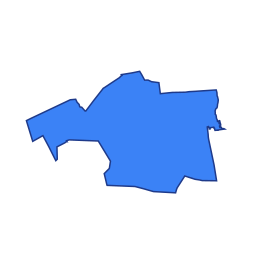 outline of Alpoyeca, Guerrero, Mexico, rotated 106°
{"feature_id": "50627088B63024463665559", "entity_name": "Alpoyeca", "entity_type": "district", "adm_level": 2, "iso_a3": "MEX", "parent_name": "Mexico", "parent_adm1": "Guerrero", "projection": "natural_earth1", "projection_center": [-98.525, 17.633], "detail": "fine", "context": "isolated", "style": "filled", "palette": "blue", "viewbox_px": 256, "rotation_deg": 106, "n_neighbors": 0, "source": "geoboundaries", "source_scale": "gbopen_adm2", "svg_char_len": 1935}
<svg xmlns="http://www.w3.org/2000/svg" viewBox="0 0 256 256"><g transform="rotate(106 128 128)"><path d="M177.2,64.4L173.4,64.4L171.8,64.2L158.5,60.2L158.8,49.4L158.2,44.9L158.1,42.2L154.3,28.3L139.6,35.2L116.2,47.6L115.9,47.7L114.6,48.3L111.8,49.3L105.7,51.9L105.1,52.1L104.5,51.2L105.3,50.9L105.0,50.2L105.8,49.8L106.5,49.5L106.2,48.8L105.1,49.3L104.8,48.6L104.8,48.4L104.4,47.6L104.1,46.9L103.8,46.3L103.6,45.8L104.6,45.2L104.4,44.8L105.1,44.4L105.7,44.1L106.3,43.7L105.9,42.6L105.4,41.5L105.5,41.4L105.2,40.5L104.9,40.4L104.5,39.6L102.8,35.8L102.4,34.8L102.2,35.6L102.6,37.9L102.5,38.0L102.2,38.1L102.0,38.3L101.6,38.5L102.2,39.8L101.1,40.5L100.8,39.9L100.0,40.4L99.6,39.7L98.9,40.0L98.1,40.5L98.6,41.6L98.3,41.8L98.0,41.9L97.8,42.0L97.4,42.2L97.0,41.2L95.8,41.8L95.7,42.1L97.0,43.8L95.7,44.4L94.5,45.5L93.7,45.9L92.6,46.3L91.5,46.9L91.1,47.2L90.8,47.8L90.5,48.1L90.0,48.1L89.0,48.4L88.4,48.6L87.7,49.0L85.6,48.9L84.8,48.6L84.3,48.1L83.3,48.0L82.5,48.1L81.8,48.2L81.0,48.4L79.9,48.5L78.9,48.5L77.7,48.7L76.4,48.9L75.5,49.3L74.1,50.1L73.4,50.4L72.8,51.0L72.0,51.4L69.6,52.2L67.9,53.2L67.1,53.7L71.8,66.8L74.2,73.4L76.2,79.2L77.5,82.1L77.8,82.8L81.6,95.2L86.1,106.4L75.9,110.8L77.0,118.1L76.4,121.9L77.4,125.2L73.1,129.4L70.3,132.4L73.9,139.3L78.5,149.1L79.2,148.3L79.6,148.7L80.2,149.2L80.9,149.6L81.7,149.9L96.9,162.9L97.1,162.9L111.4,168.7L123.2,173.2L123.4,173.6L123.5,173.9L122.2,176.0L120.8,178.2L120.8,178.5L120.9,179.1L121.0,179.8L120.9,180.2L120.7,180.4L120.2,180.6L119.2,181.3L118.8,181.5L117.3,184.0L116.2,185.0L114.8,186.2L116.8,191.3L145.9,224.4L146.1,224.6L148.9,227.7L167.1,215.9L158.8,207.7L168.0,198.8L179.3,188.4L177.5,187.4L165.7,191.1L160.5,185.5L158.8,183.8L157.8,183.5L157.8,183.0L157.3,183.5L157.2,183.6L155.6,181.2L148.7,153.0L164.7,135.7L172.0,134.8L178.4,138.3L187.8,133.0L188.9,132.3L182.7,106.8L182.3,105.1L182.1,95.9L182.1,86.0L177.2,64.4Z" fill="#3b82f6" stroke="#1e3a8a" stroke-width="1.5"/></g></svg>